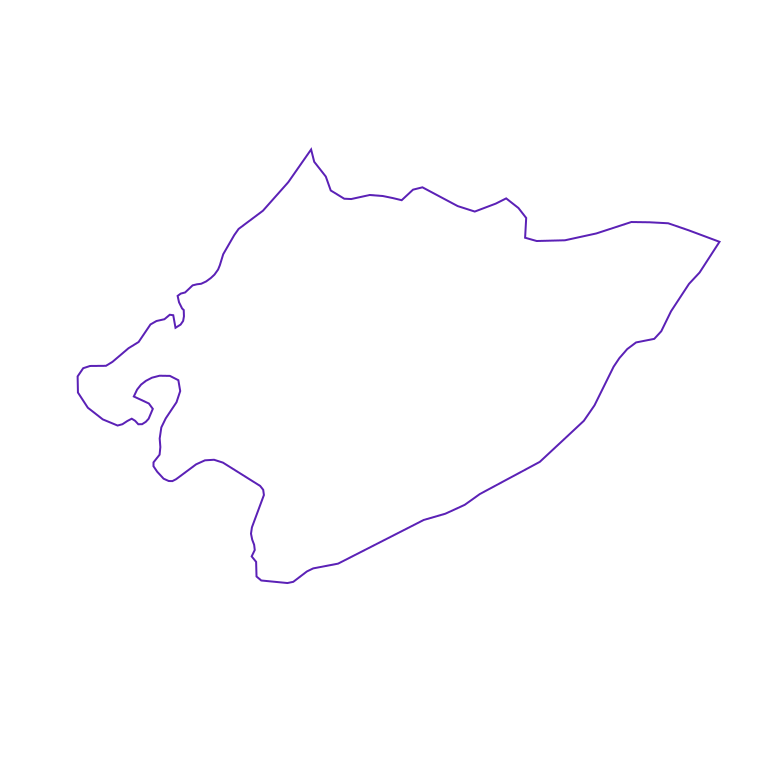 Wellington, orthographic projection, rotated 11°
{"feature_id": "NZL-5469", "entity_name": "Wellington", "entity_type": "Regional Council", "adm_level": 1, "iso_a3": "NZL", "parent_name": "New Zealand", "parent_adm1": "", "projection": "orthographic", "projection_center": [175.21, -41.147], "detail": "fine", "context": "isolated", "style": "outline", "palette": "violet", "viewbox_px": 768, "rotation_deg": 11, "n_neighbors": 0, "source": "natural_earth", "source_scale": "10m", "svg_char_len": 1792}
<svg xmlns="http://www.w3.org/2000/svg" viewBox="0 0 768 768"><g transform="rotate(11 384 384)"><path d="M686.2,180.4L672.5,214.4L664.3,227.5L651.9,257.8L646.1,279.3L640.7,288.1L623.5,295.1L616.1,303.3L610.1,313.7L606.1,323.2L594.7,364.8L587.2,382.0L551.8,430.7L499.1,473.7L486.3,487.2L469.0,499.6L448.9,509.9L373.2,569.1L349.7,578.5L344.1,582.7L332.7,595.5L327.2,597.8L301.0,600.3L295.6,597.3L292.4,583.0L287.0,578.5L288.8,571.6L287.2,566.6L284.3,561.9L282.0,556.3L281.7,549.9L287.3,515.9L285.6,510.9L281.9,507.7L240.9,491.9L231.6,490.8L222.8,493.1L214.9,498.7L198.1,517.1L194.8,519.7L191.2,520.3L185.7,519.0L178.1,513.4L173.4,508.7L172.7,504.9L177.2,496.2L176.5,488.6L174.2,480.3L173.7,469.1L176.3,459.4L183.8,441.5L185.3,429.8L181.4,419.5L172.3,416.9L162.1,418.7L155.0,422.1L149.6,426.4L145.6,431.0L142.7,436.6L140.8,444.0L156.9,448.0L161.8,452.5L159.6,463.0L157.4,466.6L154.2,469.6L150.5,470.4L146.7,467.6L143.0,466.2L139.1,469.3L134.9,473.4L130.4,475.6L114.7,472.4L97.8,463.8L85.2,450.8L81.8,435.0L85.7,425.9L92.0,422.4L107.6,419.2L113.2,414.1L126.4,397.6L135.1,389.6L143.4,370.1L148.6,365.6L156.1,362.3L160.5,356.9L164.0,356.7L168.6,368.6L173.0,364.5L174.8,360.4L174.7,355.7L173.3,349.6L171.4,348.4L167.2,342.9L164.6,336.9L167.3,334.0L171.3,332.1L177.3,323.7L181.4,321.8L185.4,320.5L189.8,317.3L193.7,313.1L196.7,309.0L199.3,303.3L200.2,298.8L201.4,287.3L208.6,266.4L211.7,259.5L232.1,237.0L251.5,204.2L267.7,167.7L273.1,179.2L287.3,191.5L294.8,204.2L309.6,209.7L316.5,208.7L333.9,201.2L347.0,199.7L357.0,199.8L366.3,200.2L375.4,187.7L384.2,183.6L422.4,195.3L440.2,197.4L459.3,185.6L468.5,178.5L482.4,185.6L491.9,193.9L494.6,213.5L506.6,214.5L534.2,208.4L563.7,195.7L595.9,177.8L613.7,174.6L632.3,172.0L653.8,175.0L686.2,180.4Z" fill="none" stroke="#5b21b6" stroke-width="2"/></g></svg>